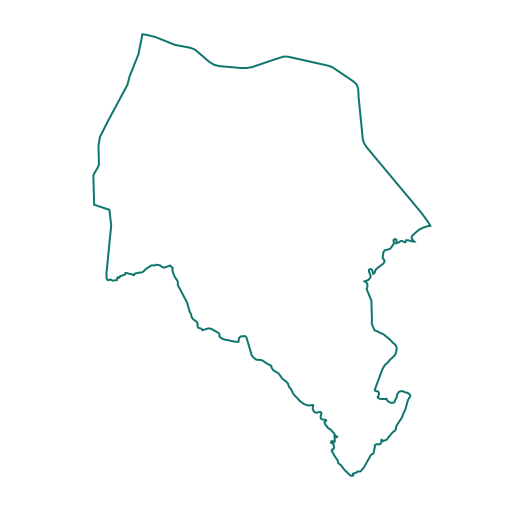 an SVG outline of Ninawa, rotated 96°
{"feature_id": "IRQ-3051", "entity_name": "Ninawa", "entity_type": "Province", "adm_level": 1, "iso_a3": "IRQ", "parent_name": "Iraq", "parent_adm1": "", "projection": "robinson", "projection_center": [43.286, 36.005], "detail": "fine", "context": "isolated", "style": "outline", "palette": "teal", "viewbox_px": 512, "rotation_deg": 96, "n_neighbors": 0, "source": "natural_earth", "source_scale": "10m", "svg_char_len": 6054}
<svg xmlns="http://www.w3.org/2000/svg" viewBox="0 0 512 512"><g transform="rotate(96 256 256)"><path d="M58.4,257.7L55.0,249.9L54.5,247.1L54.5,244.4L59.2,204.0L60.3,199.7L72.3,177.2L75.0,173.7L78.9,171.9L87.6,170.5L129.1,161.9L132.7,160.2L136.3,157.3L195.0,96.8L203.6,88.9L207.7,85.8L208.7,89.2L210.5,93.0L212.7,96.5L217.8,101.3L220.2,103.1L222.5,103.0L225.1,100.1L225.2,102.6L224.5,105.8L224.6,108.4L226.8,108.9L225.8,112.5L226.1,113.9L227.3,115.1L228.7,117.8L225.2,118.0L224.6,119.7L226.0,121.0L228.7,120.0L232.9,122.1L235.1,123.7L236.9,128.6L239.0,129.7L244.7,129.8L245.3,129.5L245.9,128.8L246.6,128.0L247.8,127.7L249.4,128.1L250.6,128.9L254.7,133.4L257.0,135.4L258.3,136.0L259.3,136.1L260.4,136.4L261.5,137.6L258.6,138.7L257.3,139.7L257.0,140.9L257.9,142.2L259.3,142.1L264.0,139.9L265.1,139.9L267.0,140.9L268.0,141.8L268.7,142.8L269.8,145.3L270.9,143.4L272.2,142.4L273.8,142.1L275.7,142.1L277.3,142.5L288.3,136.6L305.7,134.2L311.1,133.8L315.6,131.5L317.6,130.2L318.2,127.6L319.4,124.8L320.5,121.1L324.5,114.9L328.6,110.0L329.5,108.4L331.4,107.0L333.5,106.3L338.6,106.9L340.7,107.9L342.7,109.6L344.5,111.4L348.6,114.2L350.9,116.4L355.2,118.4L374.6,123.4L376.5,123.8L377.3,123.7L377.7,123.0L377.8,122.2L377.8,121.3L378.1,120.5L378.5,119.9L379.5,119.4L380.7,119.2L383.0,119.9L383.4,120.2L383.9,120.2L384.4,119.7L385.0,117.9L385.1,116.9L385.2,116.1L385.0,115.5L384.9,115.1L384.9,114.2L384.8,113.9L384.8,113.0L384.7,112.4L384.4,111.4L384.5,111.1L385.3,110.8L385.9,110.4L386.5,109.7L387.6,107.5L387.9,106.7L387.9,106.0L387.8,105.2L387.6,104.4L387.3,103.6L386.9,103.1L386.1,102.8L385.3,102.7L383.0,101.9L381.9,101.4L380.9,101.2L379.0,101.1L378.2,100.9L377.6,100.5L376.2,99.6L375.8,99.1L375.7,98.6L375.6,98.2L375.2,97.4L375.2,96.9L375.2,96.4L375.2,95.7L375.6,94.5L376.0,93.3L376.2,91.9L376.2,91.4L376.3,90.9L377.0,89.6L377.4,89.0L377.9,88.4L378.4,88.1L378.8,88.0L379.4,88.0L380.0,88.2L382.4,89.4L383.9,89.9L393.3,91.5L397.0,92.9L401.2,93.9L409.7,98.3L412.7,99.0L413.5,98.8L414.3,99.0L415.0,99.5L417.9,102.3L420.6,104.0L422.5,105.4L424.2,106.3L425.0,106.9L425.7,107.9L425.9,108.6L426.3,109.4L426.9,110.5L426.8,110.9L426.5,111.2L425.9,111.3L425.6,111.5L425.6,111.8L425.9,112.1L428.0,112.0L428.5,111.9L429.1,112.1L429.7,112.5L430.5,113.8L430.6,114.6L430.5,115.2L430.3,115.7L430.4,116.1L431.5,117.8L432.0,118.1L433.0,118.0L433.6,117.8L434.2,117.8L435.4,118.1L439.4,118.4L439.9,118.6L440.5,119.1L441.0,119.9L441.6,120.6L442.5,121.2L455.1,126.6L457.4,128.3L458.5,128.9L459.2,129.6L459.5,130.3L459.6,131.6L459.7,132.4L461.1,133.8L461.6,135.0L462.4,136.8L462.7,136.9L463.0,136.8L463.4,136.5L463.7,136.4L464.0,136.4L464.3,136.7L464.5,137.2L464.6,137.7L464.6,138.5L463.9,139.9L459.1,146.1L455.4,149.4L453.3,152.6L451.0,153.3L450.0,154.0L446.4,157.2L444.1,158.6L442.4,160.1L441.0,160.3L440.5,160.1L440.3,159.6L440.3,159.2L440.1,158.9L439.6,158.6L438.9,158.4L438.2,158.3L437.5,158.5L436.2,159.1L435.7,159.2L435.2,159.1L434.7,159.3L434.3,159.7L434.1,160.6L434.1,161.2L433.9,161.8L433.5,162.0L432.6,161.7L432.2,161.2L432.1,160.6L432.2,160.0L432.4,159.4L432.6,158.9L432.5,158.5L432.2,158.3L431.6,158.3L431.0,158.4L430.3,158.6L429.7,158.7L429.0,158.6L428.5,158.3L428.1,157.8L427.9,157.4L427.7,156.8L427.5,156.4L427.2,156.4L426.9,156.6L426.9,157.5L427.0,158.0L427.5,158.8L427.4,159.2L426.7,159.3L426.3,159.1L425.9,158.8L425.2,159.2L424.1,160.1L420.7,163.8L420.2,165.2L419.8,165.9L419.3,166.6L418.0,167.7L417.1,168.9L415.2,170.2L414.4,170.5L413.7,170.3L413.3,169.7L412.9,169.3L412.5,169.0L412.1,169.0L411.7,169.5L411.6,170.6L411.7,172.6L411.4,173.6L410.8,174.5L409.6,174.9L408.8,174.9L405.4,174.5L404.8,174.9L404.5,175.6L404.6,177.1L404.9,177.8L405.2,178.4L405.4,178.9L405.5,179.5L405.5,180.2L405.3,181.1L404.8,181.9L403.6,182.8L402.5,183.4L401.6,183.7L400.6,183.7L399.1,183.4L398.6,183.5L398.3,183.9L398.2,184.5L398.8,186.0L399.0,187.4L399.1,189.8L398.1,193.0L395.9,196.8L390.3,203.4L388.1,205.3L385.6,206.8L384.6,207.3L382.7,209.5L379.7,210.8L378.6,211.8L377.6,213.2L376.0,215.8L374.8,217.4L370.6,221.1L369.9,222.2L369.2,224.0L367.6,227.2L365.0,229.1L363.9,229.2L363.5,229.7L362.8,231.2L362.5,232.3L362.1,233.4L359.3,238.5L359.0,239.9L358.9,241.0L359.1,244.2L359.0,244.9L358.6,245.8L356.7,248.5L355.2,249.9L337.9,257.0L336.8,258.6L337.6,262.7L339.1,264.1L341.2,264.4L343.0,264.4L343.4,265.6L343.4,268.5L342.2,279.7L340.8,282.9L339.8,283.9L338.8,284.1L337.8,284.1L337.0,284.6L336.3,285.6L333.4,292.1L332.9,294.0L333.0,295.4L333.2,296.3L335.4,301.4L334.1,302.5L333.3,306.1L332.0,306.8L330.2,306.9L328.3,307.5L327.2,308.8L325.2,312.3L323.3,313.7L320.7,314.5L318.1,316.2L309.3,319.8L293.1,330.7L290.8,330.9L289.7,331.2L288.4,332.0L285.3,334.6L283.6,335.7L279.8,337.4L279.3,337.4L279.0,337.4L278.7,337.5L278.2,337.7L277.8,337.7L277.3,337.7L276.8,337.6L276.4,337.8L276.0,338.3L275.6,338.9L275.2,339.8L274.7,340.2L274.4,340.5L275.6,342.6L276.9,345.7L277.2,346.8L276.9,347.7L276.2,349.1L275.7,350.0L275.4,350.4L275.1,352.6L275.1,353.7L275.4,354.9L276.1,356.0L276.1,358.1L276.4,359.1L280.1,363.8L281.1,364.7L283.2,366.4L283.8,367.2L284.5,368.3L284.6,369.5L284.8,370.8L286.3,374.9L286.6,375.3L286.9,375.4L287.2,375.4L287.5,375.2L287.7,375.3L287.8,375.6L287.7,376.5L287.2,377.7L286.9,378.7L287.0,379.8L286.5,382.5L286.5,383.6L286.6,384.0L286.8,384.3L287.0,384.3L287.3,384.3L287.6,384.3L288.3,384.5L288.7,385.7L289.8,387.6L290.0,388.5L290.2,388.8L290.5,389.0L290.9,389.1L291.1,389.2L291.1,389.8L291.3,390.1L291.5,390.2L292.0,390.1L292.1,390.4L292.0,390.8L291.7,391.2L291.8,391.4L292.0,391.6L292.5,391.6L293.1,391.6L293.5,391.7L293.8,391.8L294.3,391.7L294.5,391.9L294.8,393.4L295.0,393.9L295.1,394.3L295.4,395.3L295.5,395.9L295.3,396.6L294.6,398.4L294.7,398.8L295.2,399.6L295.5,400.3L295.3,401.3L293.8,402.3L288.8,402.9L240.9,403.2L225.4,406.6L222.0,422.3L192.7,426.2L188.6,424.5L183.9,422.3L181.4,421.8L162.5,424.2L153.8,423.6L136.0,416.8L99.3,401.8L90.3,400.4L67.6,394.0L50.3,392.4L47.4,392.3L47.4,388.5L48.8,378.7L54.5,358.8L55.8,343.1L57.1,338.3L68.1,322.3L70.3,317.4L71.0,312.3L70.6,290.2L70.0,284.9L68.6,279.7L58.4,257.7Z" fill="none" stroke="#0f766e" stroke-width="2"/></g></svg>